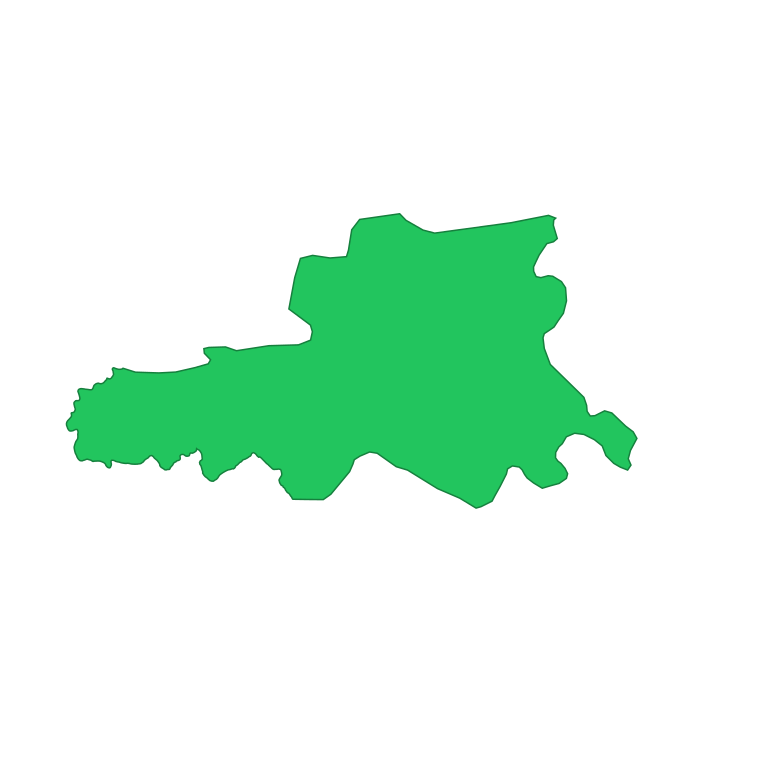 the district of Suárez, Canelones, Uruguay, rotated 34°
{"feature_id": "84410073B82028195358702", "entity_name": "Suárez", "entity_type": "district", "adm_level": 2, "iso_a3": "URY", "parent_name": "Uruguay", "parent_adm1": "Canelones", "projection": "equal_earth", "projection_center": [-56.061, -34.736], "detail": "fine", "context": "isolated", "style": "filled", "palette": "green", "viewbox_px": 768, "rotation_deg": 34, "n_neighbors": 0, "source": "geoboundaries", "source_scale": "gbopen_adm2", "svg_char_len": 6050}
<svg xmlns="http://www.w3.org/2000/svg" viewBox="0 0 768 768"><g transform="rotate(34 384 384)"><path d="M634.1,319.1L634.1,313.1L628.3,309.4L625.5,301.3L624.1,287.7L617.3,284.3L607.8,283.8L589.1,280.6L581.9,282.9L576.6,292.3L572.9,295.2L567.7,293.1L563.9,288.4L557.2,283.3L534.4,279.1L510.9,274.8L497.0,264.9L490.0,256.8L488.7,252.6L490.7,247.8L493.1,241.7L493.0,233.9L493.2,225.1L488.8,213.0L480.7,202.7L473.9,199.9L463.7,200.3L459.6,202.4L454.6,208.1L450.1,209.9L445.1,206.9L442.5,203.3L441.6,197.9L440.5,190.3L440.5,176.5L445.0,171.3L446.3,166.5L435.6,157.7L433.0,153.1L433.6,150.5L426.1,152.2L399.0,179.4L341.6,230.6L330.2,234.6L310.8,236.0L301.8,234.1L271.8,261.2L271.0,274.2L279.7,292.9L281.7,299.4L268.8,309.7L252.9,317.3L244.5,326.6L250.5,345.7L263.2,375.0L290.1,376.3L295.4,380.7L298.6,388.7L291.2,399.4L267.2,416.6L243.1,438.9L231.9,441.9L218.4,451.6L214.9,455.4L217.9,459.0L226.7,460.9L227.0,465.6L217.8,476.5L204.6,490.6L191.2,500.7L171.3,513.2L158.8,516.9L158.4,518.1L157.7,518.8L156.6,519.7L155.4,520.4L154.2,520.8L152.9,521.2L151.4,521.5L150.7,521.8L150.3,522.5L150.3,523.2L150.8,524.0L151.6,524.4L152.3,524.9L152.8,525.5L153.6,526.4L154.3,527.0L154.6,528.1L154.7,529.0L154.6,530.3L154.7,531.4L154.3,532.4L153.8,533.2L153.1,533.5L152.4,533.7L151.6,533.8L151.1,534.3L151.4,534.7L151.6,535.6L151.2,536.7L151.1,538.0L150.9,539.5L150.4,540.7L149.4,541.9L148.5,542.5L146.6,543.1L145.6,544.2L145.0,545.1L144.7,546.1L144.4,547.2L144.5,548.1L144.8,549.1L145.1,550.4L145.1,551.7L144.3,552.7L143.1,553.4L142.0,553.9L140.6,554.6L139.6,555.2L138.3,555.7L137.0,556.4L136.1,556.8L134.9,557.7L134.1,558.8L133.9,560.1L134.4,561.3L135.5,562.1L136.7,563.0L137.9,564.0L139.1,565.1L140.0,566.0L140.4,567.2L140.3,568.3L139.4,569.1L138.5,569.6L137.8,570.3L137.6,571.1L137.4,572.0L137.5,573.0L138.3,574.1L139.2,574.9L140.2,575.9L141.4,576.8L142.2,577.5L142.6,578.9L142.8,580.0L142.5,581.1L141.8,581.9L141.0,582.7L141.2,583.4L142.3,584.4L143.0,585.8L142.9,587.5L142.6,589.6L142.3,591.4L142.4,593.1L143.0,594.6L144.0,595.8L145.3,596.7L146.6,597.7L148.1,598.4L149.4,598.7L150.4,598.3L151.3,597.6L152.3,596.6L153.1,595.1L154.0,593.9L155.2,593.3L156.5,594.1L157.5,595.3L158.3,597.0L159.4,598.4L160.2,599.7L160.7,601.0L160.7,602.2L160.7,603.8L161.0,605.3L161.5,607.0L162.0,608.5L162.4,609.6L163.3,610.7L164.7,612.1L165.9,613.2L167.0,614.1L168.2,614.7L169.5,615.5L170.4,616.2L171.9,616.9L173.0,617.3L174.6,617.5L175.8,617.1L177.0,616.2L177.6,615.2L178.4,614.4L178.9,613.5L179.9,612.3L181.1,611.9L182.3,611.5L183.2,611.2L184.1,611.0L185.2,611.1L186.1,610.9L186.8,610.1L188.2,609.1L189.9,607.8L191.6,606.8L193.3,606.3L195.3,605.9L196.9,605.9L198.0,606.3L199.2,607.1L200.6,607.5L201.7,607.6L203.1,607.2L203.7,606.5L203.7,605.8L203.4,604.2L203.0,603.2L202.4,602.4L201.4,601.5L200.8,600.5L200.9,599.5L201.9,598.8L203.3,598.3L204.8,598.2L206.5,597.6L208.2,596.8L210.1,596.3L211.7,595.6L213.2,594.9L214.6,594.1L215.7,593.1L217.1,592.4L219.1,591.7L220.7,590.8L222.6,589.6L223.8,588.7L224.5,588.2L225.3,587.4L226.3,586.6L227.0,585.7L227.3,584.8L227.8,583.8L228.1,582.5L228.0,581.3L228.5,579.9L228.9,578.7L229.6,577.5L229.8,576.6L229.9,575.4L230.0,574.8L230.4,574.2L230.9,573.8L231.4,573.2L232.0,573.1L232.9,573.2L233.6,573.3L234.6,573.7L235.4,573.9L236.4,574.0L237.4,574.1L238.4,574.2L239.5,574.5L240.8,575.0L242.1,575.5L243.0,576.1L243.8,577.0L244.9,577.5L246.2,577.7L248.0,577.6L249.4,577.6L250.0,577.7L250.7,577.5L251.7,576.8L252.1,576.1L253.1,575.4L253.9,574.7L253.9,573.7L253.6,572.8L253.8,571.7L253.9,570.7L254.1,569.6L254.0,568.3L253.9,567.1L254.2,566.1L254.5,565.6L255.0,564.9L255.0,564.2L255.5,563.2L256.1,562.6L256.8,561.6L257.1,560.7L256.9,560.0L256.5,559.4L255.8,558.5L255.1,557.9L255.1,557.0L255.3,556.1L255.8,555.4L256.9,554.7L257.2,554.6L258.0,554.5L259.1,554.6L260.3,554.5L261.6,553.6L262.5,552.6L262.5,551.8L262.3,551.0L262.0,550.3L262.1,549.5L262.9,549.0L264.0,548.3L264.7,547.2L265.3,545.8L265.7,544.6L265.5,543.8L265.1,543.0L264.8,542.4L265.9,542.5L267.1,542.2L268.3,542.3L270.0,542.9L271.4,543.6L272.6,544.6L274.0,546.3L275.4,548.0L275.2,549.6L274.7,550.2L274.9,552.1L276.1,553.4L277.9,554.1L279.3,555.2L281.0,556.7L282.8,558.1L283.5,559.3L285.7,560.3L287.7,560.8L289.6,560.8L291.8,561.2L293.6,561.4L295.2,561.0L296.8,560.1L297.4,558.8L297.7,557.9L298.4,556.7L298.7,554.9L298.6,552.9L298.7,551.1L299.2,549.7L300.0,547.6L301.3,544.9L302.7,542.5L304.4,540.8L305.6,539.1L306.0,538.9L306.6,538.6L306.8,538.2L307.1,537.4L307.2,536.7L307.1,535.7L306.9,534.8L307.2,534.1L307.5,533.5L307.8,532.6L308.0,531.3L308.2,530.3L308.3,529.5L308.9,528.9L309.3,527.5L309.4,526.1L310.0,525.0L310.8,524.1L311.5,522.8L312.1,521.7L312.6,520.4L312.9,519.4L313.3,518.9L313.5,518.5L313.6,517.4L313.3,516.3L313.2,515.5L313.5,514.9L313.9,514.1L315.0,513.7L316.2,513.7L317.4,513.9L318.9,514.5L321.0,514.8L321.9,513.9L323.8,514.0L325.5,514.4L327.6,514.8L329.0,515.1L330.2,515.4L331.6,515.6L332.9,515.6L334.0,515.9L334.9,516.0L335.8,516.2L336.7,516.3L338.2,516.6L339.6,516.7L340.5,516.4L341.1,516.0L342.0,515.2L343.1,514.5L343.5,514.0L344.1,513.5L344.8,513.2L345.7,512.8L346.5,512.9L347.2,513.4L347.9,514.1L348.7,514.8L349.5,515.7L350.1,516.7L350.3,517.9L350.3,519.5L350.4,520.6L350.5,521.8L350.9,522.6L351.9,523.4L352.7,524.2L353.8,524.7L355.3,525.4L356.2,525.3L357.1,525.1L357.6,525.4L358.3,525.9L359.4,525.8L360.6,526.2L361.5,526.9L363.1,527.5L364.1,527.9L365.2,528.0L366.5,527.9L367.6,528.3L369.1,529.0L370.3,529.3L371.3,529.8L372.0,530.3L372.9,530.5L384.4,523.0L398.3,513.8L401.6,505.1L404.5,475.9L403.0,467.7L401.7,463.4L404.4,457.2L410.1,448.4L417.1,445.2L440.4,445.7L451.7,442.2L486.9,440.8L510.6,436.3L529.7,435.4L533.0,431.5L539.1,420.7L538.4,414.5L537.5,403.7L535.8,390.2L533.9,385.2L536.3,380.1L542.6,377.2L546.5,377.9L551.2,380.4L555.3,381.9L563.4,382.4L573.5,381.9L579.0,375.2L584.8,368.5L588.0,360.3L586.4,355.7L581.2,352.7L575.1,350.9L571.3,350.7L567.5,349.3L564.6,344.7L564.1,338.4L565.2,333.8L564.7,325.8L569.6,318.2L578.0,314.0L589.6,312.5L599.5,313.3L608.0,319.2L618.9,321.3L626.4,320.8L634.1,319.1Z" fill="#22c55e" stroke="#15803d" stroke-width="1.5"/></g></svg>